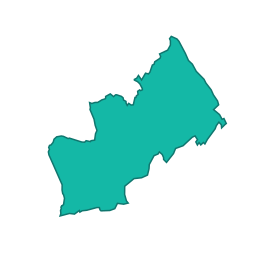 Waterford City South Lea-6, Waterford, Ireland, rotated 70°
{"feature_id": "5873133B96567236235028", "entity_name": "Waterford City South Lea-6", "entity_type": "district", "adm_level": 2, "iso_a3": "IRL", "parent_name": "Ireland", "parent_adm1": "Waterford", "projection": "equal_earth", "projection_center": [-7.125, 52.212], "detail": "fine", "context": "isolated", "style": "filled", "palette": "teal", "viewbox_px": 256, "rotation_deg": 70, "n_neighbors": 0, "source": "geoboundaries", "source_scale": "gbopen_adm2", "svg_char_len": 1955}
<svg xmlns="http://www.w3.org/2000/svg" viewBox="0 0 256 256"><g transform="rotate(70 128 128)"><path d="M187.4,221.9L188.3,212.2L190.6,207.7L188.9,202.0L190.6,202.0L190.1,199.3L191.2,194.9L192.1,184.4L193.0,182.1L195.4,182.3L196.6,181.7L199.3,173.3L199.3,168.0L195.2,163.7L198.1,158.1L198.6,153.5L195.9,154.4L189.3,153.9L181.6,151.0L177.6,139.7L179.4,132.2L178.9,125.8L173.5,122.2L169.6,120.5L162.9,113.0L162.7,108.6L161.2,106.7L164.6,104.9L167.9,104.7L169.8,105.3L173.5,103.6L167.6,94.0L163.5,90.3L163.5,82.3L158.6,70.7L158.4,67.7L162.7,66.7L164.3,69.0L167.7,68.6L166.0,66.2L168.8,65.4L167.4,62.1L169.3,61.2L165.8,57.2L158.6,46.4L156.0,44.2L153.6,40.6L156.8,39.2L159.9,40.0L157.8,35.4L157.4,34.1L151.9,34.6L152.0,36.6L146.7,37.4L140.0,41.3L137.2,34.9L133.2,34.6L126.1,36.4L120.6,36.8L112.4,39.4L108.2,39.9L98.1,44.5L90.0,45.7L85.2,48.1L77.5,48.6L63.9,50.5L61.0,51.6L56.7,56.0L58.3,58.4L60.5,58.3L64.6,59.8L68.4,64.1L69.2,73.0L71.8,72.8L73.4,74.0L74.9,80.2L77.0,81.7L77.2,83.6L83.0,88.3L84.2,90.2L82.5,92.8L87.5,98.8L82.2,100.2L84.2,102.8L84.5,105.4L85.2,105.6L87.7,103.2L90.5,101.8L95.7,101.1L97.0,101.4L97.2,103.3L96.2,104.0L96.8,106.4L100.0,107.1L100.7,109.2L102.0,110.1L101.7,111.0L108.0,115.1L107.5,117.2L105.1,118.9L106.5,121.0L104.0,121.3L102.3,120.8L100.2,122.6L97.9,122.3L96.0,123.4L92.9,127.3L92.6,128.4L93.6,130.8L89.9,133.0L90.7,138.2L92.3,138.8L92.8,139.7L92.6,142.8L93.6,147.7L92.7,150.3L92.6,153.6L91.0,155.4L96.0,156.4L97.7,157.4L108.1,156.9L114.2,157.9L119.7,158.0L122.3,160.5L128.0,163.5L127.3,167.1L127.9,168.0L125.6,171.7L126.5,173.6L125.4,176.2L117.5,186.5L117.4,187.9L113.8,191.5L112.7,193.4L111.9,198.0L113.2,201.3L115.9,203.3L117.6,206.2L117.5,207.7L119.2,209.2L121.1,209.1L123.2,211.0L126.3,211.5L134.7,210.9L158.8,209.3L163.8,211.2L167.4,211.8L168.6,211.4L172.3,211.7L177.8,214.7L178.7,216.8L178.0,216.4L179.5,218.1L180.8,218.2L182.4,219.6L185.5,220.4L187.4,221.9Z" fill="#14b8a6" stroke="#0f766e" stroke-width="1.5"/></g></svg>